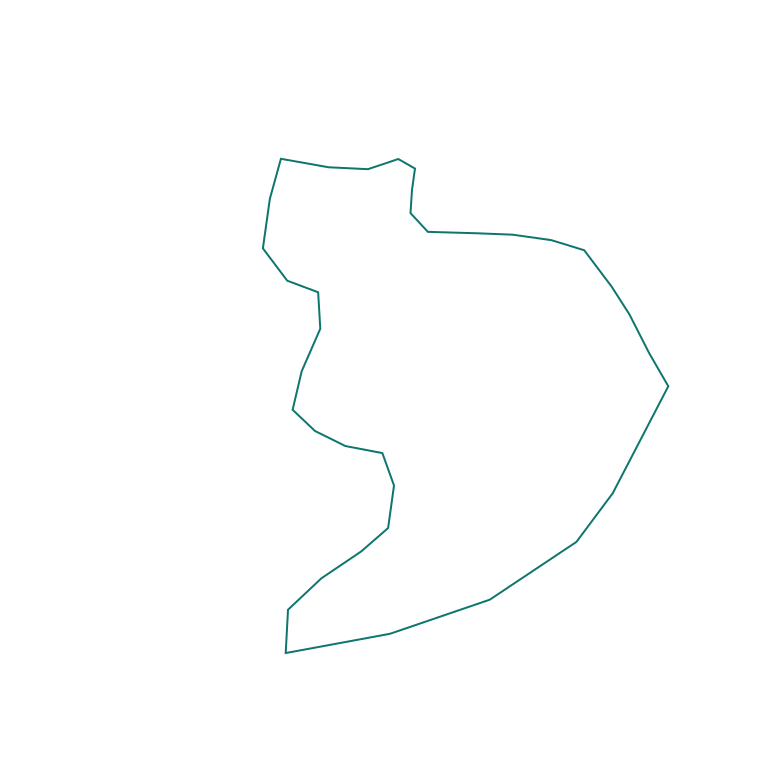 map outline of North West (Albers equal-area conic projection), rotated 143°
{"feature_id": "SGP-4873", "entity_name": "North West", "entity_type": "state/province", "adm_level": 1, "iso_a3": "SGP", "parent_name": "Singapore", "parent_adm1": "", "projection": "albers", "projection_center": [103.808, 1.387], "detail": "fine", "context": "isolated", "style": "outline", "palette": "teal", "viewbox_px": 768, "rotation_deg": 143, "n_neighbors": 0, "source": "natural_earth", "source_scale": "10m", "svg_char_len": 610}
<svg xmlns="http://www.w3.org/2000/svg" viewBox="0 0 768 768"><g transform="rotate(143 384 384)"><path d="M158.3,211.1L267.1,159.1L325.3,142.1L429.3,148.1L529.5,180.9L624.4,228.3L596.5,261.5L550.9,266.5L502.8,264.0L467.4,266.5L437.1,296.9L426.9,329.8L452.2,357.7L467.4,388.0L472.5,418.4L442.1,443.7L401.6,466.5L381.4,496.9L399.1,524.7L399.1,565.2L363.7,600.6L330.8,625.9L297.9,590.5L267.5,565.2L237.2,555.1L229.6,537.4L244.8,522.2L260.0,504.5L257.4,479.1L219.5,448.8L191.6,426.0L163.8,398.2L143.6,370.3L143.6,324.8L146.1,291.9L153.7,248.8L158.3,211.1Z" fill="none" stroke="#0f766e" stroke-width="2"/></g></svg>